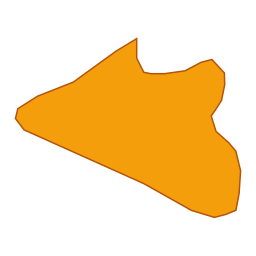 outline of East Renfrewshire
{"feature_id": "GBR-2003", "entity_name": "East Renfrewshire", "entity_type": "Unitary District", "adm_level": 1, "iso_a3": "GBR", "parent_name": "United Kingdom", "parent_adm1": "", "projection": "orthographic", "projection_center": [-4.331, 55.752], "detail": "fine", "context": "isolated", "style": "filled", "palette": "amber", "viewbox_px": 256, "rotation_deg": 0, "n_neighbors": 0, "source": "natural_earth", "source_scale": "10m", "svg_char_len": 507}
<svg xmlns="http://www.w3.org/2000/svg" viewBox="0 0 256 256"><path d="M15.4,118.5L15.5,118.3L16.6,113.8L17.8,108.7L37.7,96.1L73.3,82.1L116.1,51.1L136.7,38.6L136.7,58.2L143.8,72.3L151.0,73.7L164.4,73.7L185.0,70.8L200.9,62.4L211.9,59.5L224.4,73.0L224.7,84.9L221.5,100.4L215.2,110.3L211.2,115.9L216.0,131.4L228.7,142.7L235.8,151.1L240.6,170.8L239.1,193.4L235.9,210.3L225.6,214.5L216.5,216.8L214.5,217.4L191.4,210.4L143.8,183.6L24.1,129.9L15.4,118.5Z" fill="#f59e0b" stroke="#b45309" stroke-width="1.5"/></svg>